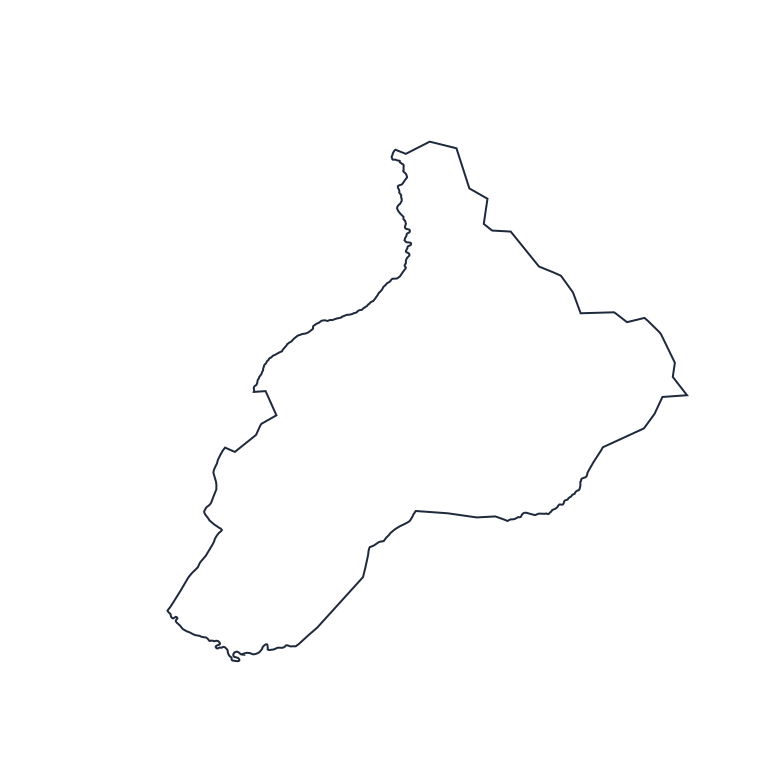 outline of Xovd, Hovd, Mongolia, rotated 160°
{"feature_id": "93677404B84217279169077", "entity_name": "Xovd", "entity_type": "district", "adm_level": 2, "iso_a3": "MNG", "parent_name": "Mongolia", "parent_adm1": "Hovd", "projection": "equal_earth", "projection_center": [91.437, 48.034], "detail": "fine", "context": "isolated", "style": "outline", "palette": "slate", "viewbox_px": 768, "rotation_deg": 160, "n_neighbors": 0, "source": "geoboundaries", "source_scale": "gbopen_adm2", "svg_char_len": 6166}
<svg xmlns="http://www.w3.org/2000/svg" viewBox="0 0 768 768"><g transform="rotate(160 384 384)"><path d="M509.1,421.1L497.7,417.8L495.8,391.4L512.9,388.5L514.3,387.4L521.7,379.9L547.4,371.2L555.1,378.6L558.5,376.4L562.3,373.1L566.0,369.6L568.1,366.5L571.1,363.7L573.4,361.2L574.7,358.9L575.3,349.6L576.0,346.5L577.6,342.3L583.5,335.7L586.6,332.0L587.7,331.0L588.7,330.4L590.5,329.6L591.9,329.3L593.3,328.7L596.0,326.4L596.7,325.5L596.8,324.3L596.7,322.9L594.9,317.0L594.7,315.6L591.3,309.6L589.8,307.7L588.5,305.8L586.8,303.8L586.3,302.2L587.7,301.3L590.2,300.5L593.7,298.2L596.1,296.1L597.6,294.0L600.2,291.7L610.0,283.7L617.5,279.4L618.9,278.2L621.7,275.4L629.6,271.8L634.2,269.0L645.9,259.3L660.7,247.8L664.9,245.2L664.9,244.1L664.0,242.1L663.3,240.9L663.3,240.1L663.7,239.1L663.6,238.0L663.5,237.5L663.1,236.5L662.6,236.0L662.0,235.9L659.2,236.4L658.8,236.0L658.3,235.3L658.2,234.6L658.7,234.1L660.5,233.1L660.8,232.2L660.5,230.9L658.4,226.9L657.4,224.1L657.1,223.1L656.6,222.2L653.9,219.0L651.7,217.2L648.8,214.0L647.2,212.5L643.7,210.6L641.7,208.7L639.3,207.3L637.9,206.7L636.8,204.9L636.3,203.4L635.8,202.1L634.7,202.1L632.7,201.4L632.1,200.7L631.0,200.2L629.6,200.2L628.2,199.4L627.5,198.7L626.9,196.9L627.0,196.0L627.4,195.5L630.5,195.4L631.6,195.1L632.1,194.6L631.8,193.1L631.2,192.5L630.1,192.4L628.5,192.6L626.9,191.7L625.0,192.0L624.2,191.6L623.6,191.1L622.5,188.9L622.0,187.2L622.6,185.2L622.5,182.4L622.0,180.8L621.1,179.5L620.9,178.6L621.4,177.3L621.4,176.6L620.8,175.9L616.5,173.6L615.2,173.4L614.4,173.8L614.2,175.1L614.9,176.5L616.4,177.7L618.0,178.7L618.5,180.0L618.1,181.5L616.5,182.8L614.9,183.0L613.5,182.7L612.4,181.5L611.0,179.0L610.1,178.4L608.8,177.8L609.2,178.7L604.7,178.3L602.3,177.1L601.4,176.5L600.5,175.5L599.1,174.6L597.0,174.2L594.5,174.3L592.7,174.6L588.9,176.9L588.4,177.9L587.8,178.4L586.7,179.0L584.2,179.8L583.4,179.6L583.0,179.3L582.8,178.6L583.5,175.7L584.1,174.3L583.2,173.4L578.6,172.3L576.8,172.3L574.8,172.6L573.2,172.3L570.2,171.0L568.6,170.8L566.7,171.2L565.4,171.9L564.8,171.8L563.4,170.9L561.7,169.4L558.3,168.4L557.5,167.9L556.6,167.8L555.8,167.9L555.0,168.3L553.7,168.5L540.9,173.8L530.1,177.9L469.8,209.7L464.2,218.0L457.4,228.8L455.5,232.6L454.1,234.6L453.1,235.6L449.7,235.6L448.4,235.8L442.9,237.2L441.1,237.1L438.3,236.5L437.6,236.7L434.7,238.7L431.0,240.4L428.8,241.8L423.2,243.8L417.8,244.9L412.4,245.4L408.4,246.0L406.9,246.4L405.8,247.1L404.0,248.5L402.0,250.2L401.4,251.0L397.6,253.8L368.3,240.7L342.5,226.9L324.7,221.5L317.2,215.3L314.8,213.0L313.1,213.4L311.0,213.4L309.0,212.7L307.4,212.5L305.9,212.6L303.9,213.0L302.9,212.8L302.2,212.4L301.2,212.3L300.6,212.5L299.4,213.8L298.1,214.6L296.6,215.0L296.0,214.9L294.4,214.4L288.1,209.9L286.9,209.2L286.1,209.1L283.6,209.3L282.7,209.2L276.9,206.9L275.9,206.9L275.3,206.3L274.4,205.7L273.5,205.6L271.8,206.6L270.4,206.9L269.2,208.0L265.5,208.2L263.2,209.0L261.8,210.1L260.5,210.8L259.7,210.6L258.1,209.7L257.0,209.7L256.1,210.3L255.0,211.9L254.5,212.3L253.6,212.7L251.1,212.6L249.7,213.5L248.5,214.0L246.6,214.3L245.0,215.5L242.5,215.6L240.9,217.1L238.8,217.7L237.2,217.6L236.0,218.6L235.1,219.9L234.0,221.8L233.0,224.9L231.9,225.6L231.3,226.9L230.7,227.4L230.0,227.5L227.7,227.5L226.8,227.4L226.3,227.5L224.7,228.5L224.0,229.5L223.6,230.3L223.1,231.0L221.8,232.2L213.9,238.9L202.5,247.5L200.1,249.7L154.9,253.4L140.0,263.4L126.8,276.6L103.1,269.8L110.2,291.9L103.4,304.5L106.7,336.3L107.7,339.0L114.5,353.2L116.6,357.0L134.5,359.0L142.0,370.9L143.3,372.7L175.0,383.2L175.1,405.4L180.7,425.2L186.6,430.9L198.2,441.4L212.8,483.9L229.9,491.2L235.5,500.3L223.4,522.7L236.9,538.6L235.3,580.7L258.2,596.1L284.8,592.8L293.1,600.2L294.5,599.7L296.1,598.4L297.0,597.5L297.5,596.5L299.0,595.1L299.3,594.3L299.1,593.4L299.3,592.3L299.0,591.8L296.3,590.8L295.6,590.0L294.2,589.0L293.4,588.7L292.9,588.2L292.9,587.8L293.2,587.2L293.1,586.6L290.8,583.6L290.7,582.7L290.9,582.0L291.5,581.1L292.3,578.4L292.8,578.1L293.1,577.6L293.1,577.1L291.5,573.9L291.4,573.1L291.5,572.2L291.5,570.8L291.7,570.2L294.7,568.4L296.3,567.1L298.4,565.7L299.4,565.4L301.9,565.5L302.9,565.4L303.6,564.6L303.7,563.0L303.4,561.0L303.7,559.7L304.2,558.9L304.0,557.8L303.4,556.0L303.3,555.3L303.9,554.1L304.1,553.1L304.0,552.1L304.8,549.9L307.3,547.8L309.1,547.2L311.0,545.8L311.7,544.5L311.4,541.5L310.4,538.4L308.5,534.4L309.3,532.5L309.1,531.7L308.4,530.2L308.6,527.1L310.7,524.4L310.8,523.4L310.2,522.3L307.4,520.4L307.2,519.7L307.4,518.9L307.8,518.3L308.3,517.8L310.7,517.5L311.4,517.0L312.4,515.4L314.3,513.8L315.6,512.0L314.8,510.0L313.8,509.2L311.2,508.0L310.6,507.3L310.5,506.5L311.0,505.8L311.5,505.5L312.4,505.3L314.3,505.2L314.9,504.8L315.4,504.1L315.8,503.3L316.9,502.5L317.8,501.7L318.1,500.9L317.9,500.2L316.6,499.0L316.0,498.2L315.8,496.9L316.3,496.0L319.2,494.6L320.3,493.6L321.4,492.1L321.9,490.5L322.4,489.7L323.3,489.3L324.0,488.5L324.2,487.6L323.8,486.8L323.7,485.8L324.4,485.0L327.3,483.2L332.2,479.7L335.1,478.8L336.2,478.8L340.0,480.0L341.4,479.6L342.7,478.6L343.9,478.1L347.1,477.5L348.2,476.7L351.4,475.4L353.4,473.5L355.1,472.5L356.4,471.8L357.4,471.6L359.4,469.9L363.2,467.2L365.9,465.6L367.9,465.6L369.2,465.1L370.4,464.4L371.8,464.1L373.3,463.1L377.5,462.2L379.3,461.3L382.2,461.8L383.3,461.6L385.0,460.8L386.4,460.6L387.8,460.9L390.3,460.6L392.9,461.0L395.7,461.8L397.4,461.6L400.6,461.6L401.0,461.2L401.7,461.1L406.2,461.7L407.9,461.7L411.1,461.8L412.4,462.5L413.7,462.7L414.3,462.5L415.7,462.6L417.1,463.7L418.4,464.3L421.1,464.8L424.3,463.8L426.8,463.7L430.5,462.7L431.3,461.7L431.6,460.6L432.2,460.0L437.5,458.4L439.8,458.2L444.5,459.0L445.7,458.8L447.4,459.0L448.8,458.9L453.4,457.3L456.6,455.6L458.8,455.3L461.4,454.5L462.5,453.5L466.8,451.2L467.8,450.5L468.2,450.0L468.6,449.7L469.4,449.5L470.6,449.6L477.1,448.6L478.7,448.6L481.0,447.5L482.3,447.4L483.2,447.2L484.3,446.1L486.0,445.5L487.8,443.8L489.8,442.9L490.4,442.3L490.9,441.4L492.1,440.1L492.5,439.4L492.8,438.5L493.4,437.8L494.4,437.0L496.1,435.0L498.9,433.2L499.4,432.4L500.0,431.8L501.0,431.2L501.7,430.3L502.9,428.1L503.3,427.8L503.7,427.3L504.5,426.7L506.2,426.3L507.0,425.8L507.7,424.8L508.0,424.0L508.0,423.1L508.2,422.5L509.1,421.1Z" fill="none" stroke="#1e293b" stroke-width="2"/></g></svg>